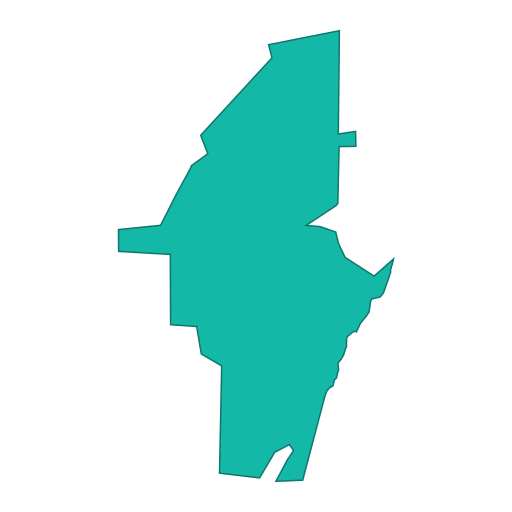 Shurugwi Town, Midlands, Zimbabwe (Robinson projection)
{"feature_id": "62879985B16966915887003", "entity_name": "Shurugwi Town", "entity_type": "district", "adm_level": 2, "iso_a3": "ZWE", "parent_name": "Zimbabwe", "parent_adm1": "Midlands", "projection": "robinson", "projection_center": [30.031, -19.693], "detail": "fine", "context": "isolated", "style": "filled", "palette": "teal", "viewbox_px": 512, "rotation_deg": 0, "n_neighbors": 0, "source": "geoboundaries", "source_scale": "gbopen_adm2", "svg_char_len": 2669}
<svg xmlns="http://www.w3.org/2000/svg" viewBox="0 0 512 512"><path d="M118.5,229.6L118.6,251.4L170.3,254.4L170.6,324.7L196.4,326.5L196.7,326.5L201.3,354.0L221.7,365.9L219.5,473.2L259.6,477.9L274.7,452.3L289.3,444.6L293.6,450.5L287.4,459.8L275.9,481.3L302.7,480.2L325.0,395.8L325.0,395.7L325.4,394.8L326.0,393.3L326.1,393.1L326.2,392.9L326.3,392.5L326.4,392.1L326.5,391.8L326.7,391.4L326.9,391.1L329.3,387.9L329.5,387.7L330.0,387.6L330.3,387.4L330.6,387.3L332.9,385.8L332.9,385.7L333.1,385.6L333.1,385.4L334.4,380.0L334.6,379.8L334.9,379.5L335.1,379.3L335.3,379.1L335.5,378.9L335.9,378.6L336.0,378.5L336.1,378.3L336.2,378.0L336.3,377.8L336.5,377.6L336.6,377.3L336.7,377.0L336.8,376.9L336.8,376.7L336.9,376.3L336.9,376.2L336.9,375.9L337.0,375.6L337.0,375.1L337.1,374.8L337.8,372.0L337.9,371.8L338.0,371.6L338.1,371.4L338.1,371.2L338.3,371.0L338.4,370.7L338.5,370.4L338.5,370.0L338.6,369.6L338.6,369.2L338.1,364.7L338.1,364.4L338.1,364.2L338.1,363.9L338.2,363.6L338.2,363.4L338.2,363.2L338.3,363.0L338.3,362.7L340.2,360.3L340.3,360.2L340.5,360.1L340.6,359.8L340.8,359.7L341.1,359.3L343.5,355.2L345.0,350.4L344.9,350.4L345.1,350.3L345.2,349.8L345.3,349.2L345.5,348.8L345.8,348.4L346.0,348.0L346.0,347.8L346.1,347.5L346.2,347.4L346.3,347.2L346.4,346.9L346.4,346.5L346.5,346.2L346.5,344.7L346.5,344.2L346.5,343.7L346.5,343.2L346.6,339.1L346.7,338.8L346.7,338.5L346.7,338.4L346.8,338.2L346.9,337.8L347.0,337.5L347.0,337.4L347.1,337.2L348.6,335.4L348.9,335.3L349.1,335.2L349.3,335.0L349.4,334.9L351.9,332.8L352.1,332.6L352.3,332.5L352.4,332.4L352.5,332.2L355.2,331.1L356.4,331.9L360.5,323.2L367.1,315.1L367.3,314.8L367.4,314.5L368.5,312.7L368.8,312.4L369.0,312.2L369.9,306.4L370.0,306.0L370.0,305.6L370.1,305.2L370.1,304.9L370.1,304.6L370.1,304.3L370.1,304.0L370.1,303.4L370.1,303.1L371.4,299.4L371.7,299.3L371.8,299.1L372.0,299.0L372.2,298.9L372.4,298.9L372.5,298.8L378.5,297.4L378.8,297.3L379.4,297.1L379.6,297.1L379.8,297.1L380.0,297.1L383.4,293.0L389.1,276.9L389.2,276.7L389.2,276.2L389.3,276.0L389.3,275.8L389.4,275.5L389.5,275.2L389.6,274.9L389.7,274.6L389.8,274.4L389.9,274.1L390.1,273.8L390.2,273.6L390.4,273.3L390.5,273.0L390.5,272.7L390.5,272.4L390.6,272.1L390.6,271.8L390.6,271.6L390.6,271.0L390.6,270.4L390.6,270.2L390.6,269.8L390.6,269.6L391.9,265.1L392.1,264.9L393.5,259.0L374.1,276.1L345.1,257.4L338.5,243.4L335.7,232.0L320.1,226.6L306.1,225.4L335.9,205.7L337.8,203.6L338.8,159.8L339.1,146.6L355.9,146.3L355.6,131.4L338.3,134.0L338.7,96.8L339.4,30.7L299.8,38.5L268.6,44.7L271.4,55.6L271.9,57.9L243.2,89.1L200.7,135.3L207.8,153.7L207.7,153.8L191.5,165.6L191.0,167.3L176.4,194.1L160.6,225.3L118.5,229.6Z" fill="#14b8a6" stroke="#0f766e" stroke-width="1.5"/></svg>